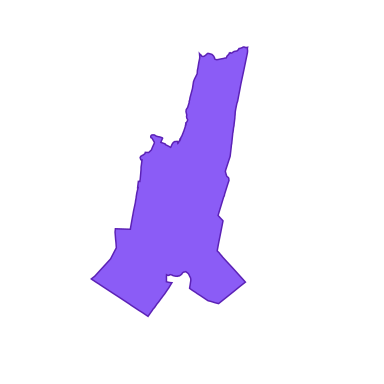 Baleni, Dâmbovita, Romania (Natural Earth projection), rotated 322°
{"feature_id": "2599482B16788296681180", "entity_name": "Baleni", "entity_type": "district", "adm_level": 2, "iso_a3": "ROU", "parent_name": "Romania", "parent_adm1": "Dâmbovita", "projection": "natural_earth1", "projection_center": [25.648, 44.814], "detail": "fine", "context": "isolated", "style": "filled", "palette": "violet", "viewbox_px": 384, "rotation_deg": 322, "n_neighbors": 0, "source": "geoboundaries", "source_scale": "gbopen_adm2", "svg_char_len": 5884}
<svg xmlns="http://www.w3.org/2000/svg" viewBox="0 0 384 384"><g transform="rotate(322 192 192)"><path d="M177.4,278.6L176.5,267.8L176.5,267.7L176.0,261.5L176.1,261.3L175.9,257.4L176.0,257.1L175.6,253.9L181.1,249.0L187.5,243.5L198.6,233.9L198.7,233.7L198.4,230.6L198.1,226.6L198.7,226.1L213.9,215.4L215.1,214.9L216.3,213.8L224.3,208.3L227.9,205.9L228.2,205.7L228.4,205.5L228.7,204.9L229.2,204.1L229.4,203.8L229.5,203.4L229.5,203.0L229.5,202.8L229.4,202.5L229.1,201.3L229.1,201.2L229.2,200.6L229.6,199.6L229.9,198.8L230.8,196.6L230.9,196.4L231.1,196.2L232.1,195.4L243.4,187.8L243.8,187.5L244.1,187.3L250.9,180.4L251.9,179.3L252.5,178.8L252.9,178.5L259.9,171.2L260.0,171.0L260.4,170.6L260.7,170.5L260.9,170.3L262.7,168.6L264.1,167.1L265.9,165.6L266.9,164.5L271.3,160.1L271.6,159.7L272.5,158.7L273.4,157.8L275.4,155.5L277.7,153.4L281.9,149.8L283.9,148.5L286.4,146.3L292.8,140.7L297.1,136.9L307.5,128.2L321.4,116.4L322.7,115.0L323.9,113.1L324.9,112.2L323.9,111.8L323.6,111.3L323.2,111.2L322.9,111.0L322.8,110.7L322.8,110.4L322.4,109.9L322.0,109.5L321.4,109.2L320.5,109.2L319.5,108.8L318.4,108.5L317.8,108.2L317.6,107.9L317.2,107.9L316.8,108.2L315.7,108.4L314.8,108.6L314.0,108.4L311.8,107.2L310.1,107.0L309.1,107.0L308.4,106.8L308.1,106.5L308.1,106.1L307.7,106.0L307.6,105.8L307.6,105.6L307.4,105.6L307.2,105.6L306.9,105.5L306.6,105.8L305.7,106.1L304.7,106.3L303.7,106.4L303.2,106.5L302.2,107.1L301.6,107.4L301.2,107.3L300.2,106.6L299.1,106.2L297.6,105.4L293.6,103.4L292.7,102.8L292.2,102.0L291.9,101.5L291.9,100.8L292.4,100.1L292.7,98.3L292.6,97.0L292.4,95.8L290.9,93.7L289.9,92.5L288.6,92.4L286.9,92.6L285.1,92.5L284.0,91.9L283.3,91.0L283.4,89.1L283.0,88.1L283.0,87.7L281.3,90.3L280.0,91.7L277.0,94.2L272.8,98.1L271.3,99.3L268.9,102.0L263.6,104.5L261.2,105.9L256.0,110.8L248.3,116.6L247.1,117.8L245.5,118.9L245.2,119.5L240.6,122.7L238.2,123.5L236.7,125.0L235.3,128.1L234.2,129.1L233.4,130.5L233.3,131.4L233.2,131.8L233.2,132.2L232.9,132.6L231.6,133.4L230.5,133.7L230.0,133.9L229.8,133.9L229.6,133.8L229.4,134.2L229.2,134.4L229.0,134.5L229.1,134.8L228.9,135.0L228.4,135.2L228.5,135.3L228.4,135.4L228.2,135.5L227.7,135.8L227.0,136.3L225.4,137.4L224.3,138.1L223.0,139.0L222.5,139.2L221.8,139.7L220.7,140.3L219.9,140.8L218.7,141.5L218.2,141.7L216.7,142.3L216.3,142.6L215.7,143.0L215.4,143.3L214.9,143.5L214.6,143.7L214.6,143.4L214.5,143.5L214.4,143.5L211.6,144.8L210.8,145.0L210.9,144.7L211.2,144.4L211.5,144.0L211.6,143.7L211.7,143.3L211.7,143.2L211.1,142.7L210.1,142.1L209.4,141.6L208.9,141.5L208.6,141.5L207.8,141.5L207.3,141.6L206.8,141.7L205.1,142.4L204.4,142.8L203.2,143.5L202.9,143.6L202.6,143.6L202.6,143.4L202.3,142.8L202.0,142.1L201.3,140.5L200.8,139.5L200.3,138.5L200.3,138.1L200.5,137.8L200.3,137.3L198.0,133.7L199.5,132.8L201.9,131.6L202.0,131.4L202.0,131.1L201.7,130.6L201.1,129.6L200.3,128.5L199.8,128.0L199.2,127.3L199.0,127.0L198.8,126.7L198.3,126.1L197.5,123.9L196.5,123.0L195.9,122.6L195.4,122.3L194.9,122.3L194.3,122.4L194.0,122.6L193.6,122.9L193.3,123.4L193.2,123.6L193.1,123.9L193.6,124.9L193.1,128.7L193.1,129.2L192.9,129.7L192.4,130.2L192.0,130.5L191.4,130.8L189.3,131.9L188.2,132.5L187.0,133.2L186.4,133.6L185.7,133.9L184.3,134.0L182.2,134.2L179.6,132.0L178.6,132.8L178.1,132.8L176.5,132.8L175.9,132.7L175.5,132.5L175.1,132.5L174.8,132.5L174.5,132.6L173.8,132.4L173.5,132.3L173.3,132.5L172.9,132.7L172.6,132.8L172.2,133.1L172.0,133.9L171.6,134.8L171.9,135.4L171.7,135.8L171.9,136.0L172.2,136.1L169.1,139.2L167.2,141.0L165.5,143.1L163.1,145.7L158.8,150.3L157.9,151.0L157.6,151.2L157.4,151.6L157.1,151.4L156.3,150.6L154.3,152.6L154.2,152.7L151.8,155.1L152.3,155.4L152.1,155.6L151.8,155.7L148.0,158.7L145.1,161.4L145.0,161.5L144.9,161.7L143.6,162.9L143.4,163.1L142.4,163.9L142.2,164.1L141.0,165.3L140.8,165.5L140.3,165.9L140.1,166.1L136.5,169.1L134.1,171.1L130.8,174.1L130.5,174.3L124.5,179.7L123.3,180.8L121.7,182.2L120.5,183.4L118.9,182.1L109.0,173.8L107.1,175.8L106.7,176.2L102.5,182.5L101.1,184.8L99.9,186.6L98.4,188.8L98.2,189.1L98.0,189.4L97.6,189.6L95.1,190.7L86.6,194.6L68.8,197.6L64.1,198.4L63.3,198.5L61.4,198.5L59.3,198.5L59.1,198.5L59.2,198.9L59.8,200.8L60.1,201.5L60.4,202.6L61.2,204.9L62.0,207.1L62.4,208.4L62.7,209.3L66.3,219.9L66.4,220.1L66.7,221.1L67.9,224.6L69.7,229.8L74.0,242.6L74.2,243.5L75.3,246.7L77.2,252.4L78.6,256.2L79.1,257.7L79.9,260.2L80.8,262.9L81.0,262.8L81.3,262.7L83.0,262.3L83.8,262.0L85.2,261.6L86.1,261.3L87.2,261.0L89.3,260.3L89.8,260.2L90.3,260.2L91.6,259.8L91.8,259.8L92.2,259.8L92.7,259.5L93.8,259.2L94.9,258.8L96.2,258.5L97.5,258.2L98.0,258.1L102.1,256.9L102.5,256.8L102.8,256.8L103.6,256.5L105.5,256.0L107.6,255.5L111.9,254.1L112.2,254.0L114.9,253.2L115.0,253.1L120.3,251.1L119.3,250.2L118.1,248.9L117.2,247.8L116.6,246.9L117.1,246.4L117.4,246.0L117.6,245.7L117.8,245.4L118.2,245.0L119.6,243.1L121.0,241.5L121.2,242.0L121.4,242.6L121.7,242.9L122.0,243.1L122.4,243.4L122.7,243.5L123.5,243.5L124.0,243.7L124.3,244.1L125.0,244.9L125.2,245.3L125.5,246.1L126.1,246.9L126.7,247.6L127.1,248.1L127.7,248.6L128.5,249.4L128.7,249.5L128.9,249.5L129.3,249.6L129.5,249.6L129.7,250.0L130.1,250.2L130.9,250.4L131.6,250.4L132.5,250.4L133.0,250.5L133.3,250.4L133.5,250.3L134.4,250.0L134.6,249.9L134.9,249.9L135.3,249.9L135.8,249.9L136.1,250.0L137.4,250.7L137.6,250.8L137.9,250.8L138.0,250.9L138.1,251.0L138.8,253.7L138.8,254.1L138.8,254.4L138.8,254.6L138.8,255.0L138.6,255.7L138.4,256.4L138.3,257.1L138.0,258.5L137.9,259.0L137.7,259.3L136.9,260.7L136.4,261.1L136.3,261.3L136.2,261.4L135.8,261.7L133.4,264.0L133.1,264.3L132.9,264.5L132.6,264.7L131.6,265.7L131.1,266.1L130.9,266.2L130.8,266.5L131.0,267.2L131.6,269.3L133.2,273.9L133.4,274.8L133.5,275.1L134.9,279.0L136.3,283.3L137.5,287.0L137.6,287.3L137.9,287.8L139.2,289.4L140.6,291.4L141.6,292.9L144.2,296.3L153.8,296.2L161.6,296.1L163.2,296.1L167.0,296.0L172.0,295.9L178.6,295.9L178.3,291.1L178.1,288.6L177.7,282.7L177.4,278.6Z" fill="#8b5cf6" stroke="#5b21b6" stroke-width="1.5"/></g></svg>